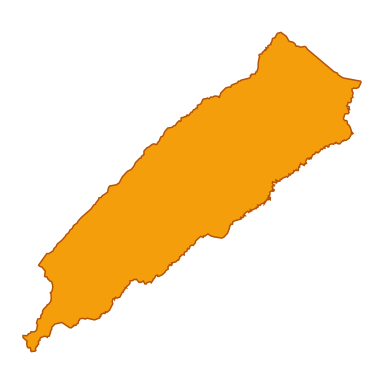 Cocos, Bahia, Brazil
{"feature_id": "56859067B89151730044030", "entity_name": "Cocos", "entity_type": "district", "adm_level": 2, "iso_a3": "BRA", "parent_name": "Brazil", "parent_adm1": "Bahia", "projection": "robinson", "projection_center": [-45.253, -14.545], "detail": "fine", "context": "isolated", "style": "filled", "palette": "amber", "viewbox_px": 384, "rotation_deg": 0, "n_neighbors": 0, "source": "geoboundaries", "source_scale": "gbopen_adm2", "svg_char_len": 5940}
<svg xmlns="http://www.w3.org/2000/svg" viewBox="0 0 384 384"><path d="M360.7,81.2L343.4,78.0L341.0,76.7L338.2,74.8L337.3,73.1L333.9,71.7L311.2,52.5L307.5,49.4L305.9,47.0L304.6,46.4L300.8,47.2L297.9,46.1L296.2,46.3L294.9,43.7L293.2,42.3L289.0,41.2L286.4,36.5L280.9,32.4L277.4,33.3L274.9,37.7L272.5,38.5L271.9,41.2L270.6,43.7L270.9,44.4L268.0,45.7L267.9,47.6L267.3,48.0L266.0,47.6L266.4,49.2L266.0,50.1L265.3,50.3L265.3,49.6L264.7,50.0L263.3,51.9L262.4,52.2L262.1,53.7L259.2,54.5L259.0,55.7L259.7,57.2L259.0,58.4L258.2,63.4L258.1,67.8L256.8,71.8L256.0,71.9L255.0,74.1L251.6,74.2L250.4,75.5L250.8,76.0L249.7,78.0L241.0,80.2L239.8,81.3L238.4,81.2L237.3,82.9L232.1,84.8L231.1,85.7L231.3,86.4L230.6,87.2L228.9,87.0L225.8,87.9L220.9,92.9L219.4,97.3L218.5,97.1L218.1,96.3L214.6,96.0L212.8,97.1L210.8,97.0L209.0,98.7L207.2,98.0L206.3,98.7L203.7,98.9L202.9,99.5L200.8,103.9L197.3,105.4L197.4,108.0L196.1,108.1L194.9,109.4L193.5,109.8L192.5,111.6L191.9,112.3L191.1,112.2L188.9,115.4L187.6,115.7L187.6,115.0L186.7,115.1L186.0,116.7L184.3,116.8L182.9,117.7L181.6,117.5L181.1,118.0L181.0,120.9L180.4,121.2L179.1,120.8L176.9,122.9L175.4,125.4L173.5,126.0L172.2,127.3L167.6,128.1L164.5,132.1L163.0,136.0L160.8,137.0L159.2,141.0L157.5,142.8L157.1,144.0L156.4,144.5L154.1,143.9L152.4,144.2L149.0,146.9L147.0,147.7L144.0,151.0L143.9,154.6L141.5,156.3L141.0,158.2L139.8,158.2L135.5,162.6L133.9,166.2L131.3,169.4L127.4,171.3L122.2,177.0L119.2,182.9L116.2,184.8L109.6,186.0L108.5,187.8L107.5,192.3L102.4,195.7L101.1,197.5L99.0,197.8L98.5,199.6L96.3,202.3L95.3,204.3L93.9,204.8L91.0,209.0L81.3,217.5L78.3,220.8L77.4,222.8L73.5,225.6L72.3,228.4L70.1,229.9L68.5,232.9L66.2,234.7L65.3,236.4L61.9,240.2L57.1,244.2L56.3,246.3L53.9,248.7L53.2,250.8L48.6,253.7L47.0,253.5L46.5,254.0L38.6,265.1L39.5,266.2L42.0,267.1L45.3,271.2L44.6,276.2L45.1,276.8L47.0,276.9L47.8,278.8L50.1,281.2L51.5,281.5L51.8,282.4L52.7,285.3L52.7,287.8L51.9,291.4L50.3,292.8L51.0,293.9L51.3,299.1L50.7,300.6L50.9,301.3L48.6,304.2L47.0,305.0L46.9,305.8L43.8,308.9L42.6,310.9L42.4,313.5L40.8,315.4L40.9,317.2L40.4,318.4L37.7,319.1L36.5,323.1L37.7,325.3L37.1,326.5L36.9,329.2L35.6,331.1L34.2,331.8L30.9,331.8L30.5,333.0L28.4,333.9L27.0,335.7L23.0,335.5L23.1,337.7L27.0,341.0L26.7,344.0L27.3,346.8L28.3,347.9L29.9,347.5L30.4,348.0L30.9,351.0L31.4,351.6L35.1,351.1L35.8,350.5L35.5,348.7L36.4,346.4L37.0,346.5L38.1,344.3L38.6,344.1L38.5,341.1L39.9,340.4L40.0,338.6L40.6,337.7L44.2,336.3L46.1,336.5L47.3,337.3L47.6,336.5L49.3,336.1L50.6,332.2L50.3,331.6L51.7,329.3L51.7,327.3L55.0,324.0L61.9,322.5L69.5,327.6L71.0,327.9L73.7,326.0L73.6,325.3L76.0,325.3L76.8,324.0L78.2,323.1L78.7,320.5L79.4,320.2L79.9,318.8L82.8,318.3L85.2,319.1L87.1,318.2L94.5,319.9L99.5,318.0L100.0,317.6L99.8,316.4L101.0,316.0L100.8,314.7L101.2,314.2L104.0,313.1L104.8,313.5L105.6,312.8L105.5,311.8L107.0,312.2L109.5,310.2L112.8,303.8L112.2,301.7L112.8,299.0L114.3,298.3L114.6,299.4L115.5,297.3L116.9,298.1L119.8,297.2L122.4,292.2L123.4,292.0L123.3,291.0L124.8,289.4L125.1,287.8L126.4,287.9L125.9,287.3L129.4,284.1L129.9,283.3L130.1,280.8L132.9,280.6L133.9,279.3L135.2,279.7L136.3,279.2L139.1,282.4L141.2,282.3L143.4,281.0L144.9,284.0L146.3,283.9L146.5,283.1L148.9,281.9L150.3,281.7L151.2,282.8L153.0,280.2L153.1,279.3L154.3,278.5L155.9,275.6L156.9,275.1L157.7,275.4L157.7,276.3L158.6,276.5L162.5,274.6L165.0,272.2L166.0,270.4L168.2,269.1L168.0,266.5L169.1,265.8L169.3,264.9L169.8,264.5L171.1,265.5L171.8,265.1L172.2,263.5L171.7,262.9L176.0,261.8L177.6,260.1L178.5,260.2L179.7,257.8L179.7,256.6L180.7,256.3L181.4,255.1L183.1,254.6L184.1,255.0L184.3,252.4L186.9,251.1L187.6,248.5L188.7,249.0L189.3,248.6L190.0,246.2L191.6,245.1L193.2,245.4L195.2,243.0L195.7,240.9L200.6,236.4L203.1,237.4L203.6,235.9L204.7,236.2L207.9,233.9L210.4,235.7L213.7,236.8L221.7,238.1L223.8,237.2L227.5,233.3L229.6,227.8L229.6,226.3L231.1,224.1L232.5,224.2L232.8,221.9L233.9,221.1L241.2,218.9L240.6,217.9L240.8,217.2L242.7,217.7L243.6,216.9L243.4,215.7L245.2,215.7L244.1,214.3L245.4,212.8L247.8,211.2L248.8,212.4L249.8,211.1L250.5,211.4L250.6,210.6L251.3,210.7L250.7,209.7L252.0,210.1L254.6,208.8L256.4,208.5L256.2,207.5L257.9,207.2L258.2,206.3L257.7,205.1L260.1,205.4L261.3,203.8L263.7,203.1L264.2,202.5L264.2,203.9L266.9,199.6L267.6,199.9L269.2,199.2L270.2,199.8L270.4,196.8L269.7,198.6L269.1,197.7L267.9,198.0L268.5,196.8L268.4,195.8L269.3,195.9L269.8,195.1L269.8,192.2L271.4,190.9L272.8,191.3L274.1,190.7L274.1,189.7L273.2,189.4L272.5,190.0L272.9,188.0L272.3,187.6L272.2,186.3L274.4,185.7L274.6,185.1L273.3,184.7L272.3,183.2L272.6,181.9L276.3,183.0L277.2,181.9L276.8,181.1L275.7,180.7L275.8,179.9L278.1,181.2L279.9,181.1L280.2,179.5L281.4,179.5L282.7,178.1L286.8,176.5L287.4,177.1L288.8,175.8L289.0,174.0L290.3,175.0L291.5,173.4L292.5,173.4L293.6,172.3L293.8,170.7L294.6,171.0L296.2,169.6L296.6,170.5L298.3,170.5L298.8,166.9L299.6,167.1L299.7,165.0L300.9,164.3L300.8,163.5L303.4,165.1L304.1,164.1L304.4,165.0L305.1,163.9L306.5,163.4L305.7,161.4L306.8,158.8L307.8,158.3L308.1,158.9L309.1,159.2L309.9,158.8L309.5,158.0L310.6,157.6L311.1,158.4L312.8,154.6L314.5,154.3L315.9,152.1L317.0,152.8L317.6,152.2L318.2,152.7L319.9,151.2L320.6,149.5L321.6,149.0L322.1,149.5L323.6,147.9L324.8,148.2L324.6,146.6L325.5,146.6L326.1,145.9L327.3,146.1L328.0,147.1L328.8,146.8L329.3,144.7L331.5,143.9L333.7,144.2L335.3,142.7L335.6,143.2L336.6,142.5L337.4,143.6L339.7,143.9L342.7,140.7L343.3,141.0L344.3,140.0L344.7,140.5L346.3,140.2L349.1,138.3L351.1,134.7L353.1,133.5L352.1,132.3L351.5,132.9L351.3,130.6L350.1,127.1L348.8,125.0L347.5,124.1L347.1,121.1L346.3,120.5L344.8,120.6L343.4,119.0L344.7,114.3L345.4,113.8L348.0,113.7L349.0,112.6L348.3,110.1L349.4,109.7L348.0,108.6L349.2,108.3L349.3,106.9L348.7,106.4L346.9,106.6L346.5,106.0L347.6,104.6L348.1,102.4L350.1,102.8L350.9,102.1L351.4,100.7L351.0,98.5L352.9,97.3L352.4,95.7L353.1,92.8L352.2,91.3L351.9,89.1L353.7,88.1L356.1,88.4L358.6,87.5L361.0,82.5L360.7,81.2Z" fill="#f59e0b" stroke="#b45309" stroke-width="1.5"/></svg>